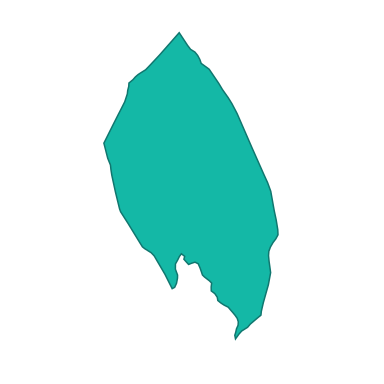 Kilimani, Nairobi, Kenya (Albers equal-area conic projection), rotated 248°
{"feature_id": "3690345B60954938722766", "entity_name": "Kilimani", "entity_type": "district", "adm_level": 2, "iso_a3": "KEN", "parent_name": "Kenya", "parent_adm1": "Nairobi", "projection": "albers", "projection_center": [36.768, -1.277], "detail": "fine", "context": "isolated", "style": "filled", "palette": "teal", "viewbox_px": 384, "rotation_deg": 248, "n_neighbors": 0, "source": "geoboundaries", "source_scale": "gbopen_adm2", "svg_char_len": 1530}
<svg xmlns="http://www.w3.org/2000/svg" viewBox="0 0 384 384"><g transform="rotate(248 192 192)"><path d="M134.6,259.6L143.7,261.2L163.2,265.3L172.2,265.6L181.2,265.2L210.4,264.2L247.8,263.2L258.9,262.1L265.8,260.9L275.6,258.6L282.6,257.5L299.4,253.9L307.8,248.7L312.0,248.9L316.5,248.4L320.7,247.1L324.8,244.1L329.6,242.8L344.5,239.8L331.1,213.1L325.3,200.6L322.7,194.8L321.8,189.7L321.1,186.1L319.9,182.6L318.2,179.2L316.7,174.4L313.6,172.9L310.2,170.4L307.2,168.8L300.8,163.4L294.5,156.2L291.5,152.7L283.9,144.0L270.3,128.6L254.9,126.5L247.6,126.5L243.0,125.2L237.9,124.0L232.2,123.0L220.6,121.0L203.4,118.5L200.4,118.4L187.0,120.9L163.6,124.8L159.7,125.5L157.2,126.9L151.0,131.4L147.0,133.0L125.8,136.1L109.8,137.4L110.1,140.2L113.1,143.4L117.6,146.3L120.4,147.5L123.7,147.6L126.7,147.7L131.5,149.7L134.3,153.2L136.9,156.1L138.7,159.0L135.1,161.1L132.7,159.3L129.3,160.5L126.1,161.7L126.1,164.8L125.8,168.5L123.1,170.9L118.3,171.0L114.2,170.8L111.2,170.6L108.6,171.7L106.0,173.2L103.1,174.9L100.2,176.1L96.8,174.2L93.1,172.8L89.2,175.1L85.0,176.0L81.7,175.3L78.4,177.1L75.1,179.4L71.7,182.4L68.1,183.6L65.2,184.6L61.4,185.8L57.9,186.6L54.3,186.3L51.2,184.8L48.5,182.0L45.7,180.1L43.1,178.0L39.5,177.3L42.6,182.2L44.5,186.0L45.2,189.8L45.7,192.8L47.7,196.6L49.0,200.5L50.6,205.3L52.0,209.8L55.4,211.6L62.7,216.7L72.8,224.5L77.3,228.0L87.8,234.7L93.3,236.1L98.9,237.5L104.3,239.1L108.2,241.0L111.6,244.1L114.8,248.2L117.1,252.1L120.1,255.7L124.9,257.4L134.6,259.6Z" fill="#14b8a6" stroke="#0f766e" stroke-width="1.5"/></g></svg>